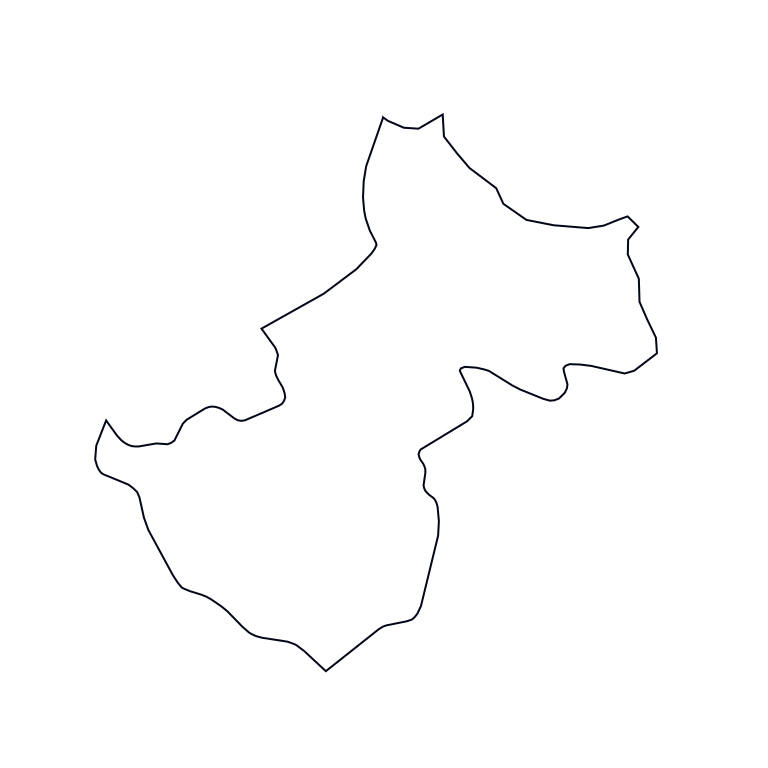 SVG path tracing the border of Mahdia, rotated 311°
{"feature_id": "TUN-116", "entity_name": "Mahdia", "entity_type": "Governorate", "adm_level": 1, "iso_a3": "TUN", "parent_name": "Tunisia", "parent_adm1": "", "projection": "equal_earth", "projection_center": [10.61, 35.335], "detail": "fine", "context": "isolated", "style": "outline", "palette": "ink", "viewbox_px": 768, "rotation_deg": 311, "n_neighbors": 0, "source": "natural_earth", "source_scale": "10m", "svg_char_len": 2179}
<svg xmlns="http://www.w3.org/2000/svg" viewBox="0 0 768 768"><g transform="rotate(311 384 384)"><path d="M584.6,208.4L585.2,214.4L590.4,230.8L599.3,242.5L625.9,251.5L610.1,266.9L606.0,287.6L603.1,306.8L605.4,340.2L598.3,355.9L601.3,383.9L615.1,407.9L635.7,435.9L647.8,446.0L662.3,453.4L670.3,457.9L669.4,472.9L653.2,473.5L641.7,483.0L630.6,507.3L613.6,523.0L605.4,540.2L597.4,558.8L586.3,569.8L585.5,569.7L558.1,564.1L549.8,558.7L533.6,528.5L527.4,519.3L520.8,511.1L516.7,509.0L513.6,509.2L511.4,511.7L504.1,522.7L500.7,524.9L496.1,526.2L487.9,525.6L483.5,523.3L480.3,520.2L477.2,513.7L469.2,490.4L467.1,481.8L462.7,454.5L460.6,449.8L457.0,443.1L450.0,433.8L446.3,431.8L443.7,432.5L434.6,453.7L430.9,459.8L428.7,462.7L426.1,465.5L423.4,467.9L417.6,471.7L410.2,471.1L358.5,454.6L356.1,455.1L353.7,456.2L352.2,458.2L350.9,460.6L349.6,465.8L348.4,468.5L346.8,471.1L344.2,473.4L333.4,480.4L331.7,482.7L330.5,485.3L330.1,488.2L330.0,491.1L330.4,496.3L330.1,498.0L329.5,499.8L328.3,502.3L326.4,505.1L316.5,515.4L305.1,524.3L240.6,557.6L232.5,559.9L228.0,560.1L224.6,559.6L219.9,556.9L203.6,544.3L200.7,542.6L195.9,541.0L129.1,528.5L130.1,499.0L129.4,488.9L128.5,486.0L126.2,480.2L112.4,458.3L109.8,452.9L108.3,447.7L107.9,445.3L107.9,443.7L107.9,436.4L109.7,415.2L109.5,407.5L108.1,395.0L106.9,389.3L105.1,384.2L100.4,373.6L98.4,367.7L97.7,364.9L98.7,358.9L101.2,350.1L119.2,302.0L125.7,290.4L137.8,274.1L140.5,268.6L140.8,262.9L140.4,257.1L131.8,231.7L131.4,228.7L132.2,225.1L133.8,221.3L137.6,215.5L148.7,207.3L174.2,198.2L169.9,216.4L169.2,222.7L169.4,226.7L170.2,230.7L171.6,234.3L173.7,237.3L176.0,239.9L189.7,251.1L196.5,260.1L199.7,261.9L203.8,262.9L222.1,258.2L227.5,258.5L247.9,264.9L251.2,266.6L254.0,268.8L256.1,271.7L257.7,275.1L258.9,279.1L259.8,293.3L260.7,297.5L262.7,300.6L265.4,302.9L299.0,319.1L302.5,320.0L306.0,319.5L309.3,318.1L312.2,314.5L314.9,309.9L317.8,301.2L319.6,297.0L322.1,293.2L336.3,285.0L338.8,280.7L340.1,278.0L345.4,255.2L412.7,279.3L452.4,287.8L474.2,288.9L480.0,288.3L484.1,287.1L485.6,284.8L490.5,272.6L496.9,261.6L501.7,255.4L510.9,245.9L523.5,235.8L536.6,227.7L584.5,208.5L584.6,208.4Z" fill="none" stroke="#020617" stroke-width="2"/></g></svg>